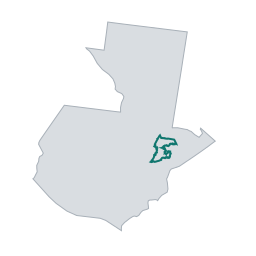 El Estor, Izabal, Guatemala (highlighted), rotated 7°
{"feature_id": "79465075B63823362918265", "entity_name": "El Estor", "entity_type": "district", "adm_level": 2, "iso_a3": "GTM", "parent_name": "Guatemala", "parent_adm1": "Izabal", "projection": "robinson", "projection_center": [-89.332, 15.436], "detail": "fine", "context": "in_parent", "style": "outline", "palette": "teal", "viewbox_px": 256, "rotation_deg": 7, "n_neighbors": 0, "source": "geoboundaries", "source_scale": "gbopen_adm2", "svg_char_len": 6027}
<svg xmlns="http://www.w3.org/2000/svg" viewBox="0 0 256 256"><g transform="rotate(7 128 128)"><path d="M39.8,190.0L41.0,188.7L42.0,185.7L43.2,182.6L42.4,179.1L42.0,176.2L43.4,172.0L43.3,168.9L43.9,167.0L45.9,165.7L47.0,163.3L41.3,155.1L41.3,153.2L42.1,150.9L46.7,142.1L52.2,131.7L58.3,120.2L62.0,113.2L75.3,113.2L84.1,113.2L95.3,113.2L107.4,113.2L115.4,113.2L118.7,113.1L118.1,108.6L118.5,103.6L120.0,99.1L120.0,97.1L117.6,94.6L113.0,93.2L110.5,91.0L110.5,88.3L109.4,85.0L107.1,81.1L102.5,77.1L95.5,73.1L89.6,67.6L84.7,60.8L80.5,56.4L77.3,54.5L76.5,53.5L85.9,53.6L94.8,53.7L94.9,43.9L95.0,35.2L95.0,25.3L111.1,25.4L130.3,25.4L150.3,25.4L165.9,25.4L175.1,25.4L174.7,37.6L174.2,51.8L173.9,62.2L173.4,76.0L172.9,90.2L172.2,109.6L171.8,122.1L172.0,122.4L177.3,121.7L185.0,122.3L186.9,122.3L189.3,123.3L191.1,123.7L195.1,126.5L199.7,128.6L202.6,124.3L201.1,121.7L199.9,120.4L200.1,119.3L216.2,130.4L214.3,132.1L210.2,136.1L202.8,142.9L196.1,148.9L189.7,154.4L184.0,159.4L183.3,159.9L176.0,163.4L174.8,165.1L173.2,172.1L172.5,173.8L173.8,177.7L175.1,183.7L174.7,186.9L169.7,190.7L167.3,194.2L166.3,196.5L165.4,195.9L163.8,195.7L160.2,196.6L158.5,196.8L157.0,197.8L156.9,199.9L157.8,203.4L158.2,205.3L157.2,206.1L152.7,208.2L151.0,210.3L149.3,213.5L147.3,214.9L145.3,214.6L143.8,215.1L140.8,217.5L136.1,222.2L133.6,225.7L133.6,228.3L134.0,230.7L117.1,222.4L111.5,221.0L87.7,221.1L77.5,217.9L65.9,211.6L58.1,205.9L39.8,190.0Z" fill="#d9dde1" stroke="#a8b0b8" stroke-width="1"/><path d="M156.6,140.8L156.6,141.0L156.9,141.3L157.1,141.4L157.1,141.5L157.3,141.8L157.3,142.0L157.0,142.2L156.7,142.4L156.5,142.6L156.4,142.8L156.3,143.0L156.5,143.1L157.1,143.2L157.6,143.7L157.8,143.6L158.1,143.9L158.1,144.0L158.3,144.2L158.5,144.1L158.7,143.9L158.8,143.7L159.0,143.6L159.2,144.1L159.3,144.1L159.5,144.3L159.3,144.6L159.1,144.9L158.9,145.1L158.9,145.4L158.8,145.5L158.9,145.8L159.1,145.9L159.4,145.9L159.5,146.0L159.6,146.4L159.5,146.6L159.4,147.0L159.2,147.6L159.2,147.9L159.2,148.0L159.3,148.1L159.5,148.3L159.7,148.6L159.7,148.8L159.5,149.0L159.1,149.2L158.7,149.3L158.5,149.5L158.3,149.6L158.2,149.8L158.2,150.1L158.3,150.3L158.4,150.5L158.7,151.0L158.7,151.3L158.5,151.5L158.4,151.4L158.2,151.4L157.9,151.3L157.7,151.3L157.4,151.4L157.3,151.5L157.5,151.8L157.5,152.0L157.4,152.1L157.3,152.3L157.3,152.6L157.3,153.2L157.3,153.7L157.1,154.3L157.0,154.5L156.9,154.9L156.8,155.2L156.7,155.4L156.5,155.7L156.4,155.8L156.3,156.0L155.7,157.1L155.4,157.4L155.4,157.6L154.8,158.8L154.7,158.9L155.1,159.0L155.3,159.0L155.9,158.8L155.9,158.7L156.2,158.5L156.5,158.4L156.8,158.3L157.0,158.2L157.5,157.9L157.6,158.0L158.0,158.3L158.3,158.4L158.7,158.3L158.8,158.3L159.4,158.1L159.8,158.0L160.0,157.8L160.5,157.6L162.1,157.0L162.3,156.9L162.7,156.8L163.2,156.4L163.7,156.2L164.0,156.0L164.3,155.7L164.6,155.1L164.8,155.2L164.8,154.8L164.9,154.7L165.1,154.3L165.4,153.6L165.6,153.5L165.8,153.4L166.2,153.2L166.3,153.1L166.6,153.1L167.0,153.3L167.4,153.1L167.7,153.2L168.0,153.4L168.3,153.4L168.6,153.4L168.8,153.2L168.7,152.9L168.8,152.7L169.1,152.4L169.5,152.3L170.4,152.3L170.5,152.3L170.9,152.1L171.1,152.1L171.2,152.3L171.1,152.8L171.3,152.8L171.4,152.6L171.5,152.6L171.6,152.3L171.7,152.2L171.9,152.2L172.0,152.2L172.3,152.3L172.5,152.5L172.6,152.4L172.8,152.2L172.9,151.9L172.9,151.7L173.0,151.5L173.1,151.3L173.1,151.2L173.1,150.9L173.0,150.7L172.9,150.3L172.9,150.2L173.2,149.1L173.4,148.6L173.4,148.4L173.5,148.2L173.4,148.1L173.3,147.7L173.2,147.6L172.9,147.7L172.8,147.3L172.8,146.9L172.7,146.5L172.7,146.2L172.0,146.2L171.6,146.1L171.1,146.1L170.9,146.1L170.7,146.2L170.4,146.5L170.5,146.6L170.8,146.4L171.1,146.3L171.3,146.2L171.4,146.3L171.5,146.4L171.5,146.5L171.4,146.6L171.2,146.7L171.0,146.9L170.8,146.9L170.7,147.0L170.6,147.4L170.5,147.5L170.4,147.8L170.3,148.1L170.3,148.3L170.1,148.4L169.9,148.4L169.7,148.4L169.3,148.6L169.1,148.8L168.9,149.0L168.9,149.3L168.7,149.1L168.4,148.9L168.0,148.7L167.8,148.5L167.7,148.4L167.6,148.2L167.5,148.3L167.5,148.0L167.3,147.6L167.2,147.4L167.7,146.9L167.9,146.9L168.0,146.8L167.8,146.3L167.8,146.1L167.7,146.0L167.3,146.2L167.2,146.3L167.3,146.2L167.5,146.0L167.6,145.8L167.8,145.8L167.9,145.7L168.1,145.6L167.9,145.4L167.7,145.0L167.4,144.7L167.2,144.4L167.2,144.1L167.0,143.9L166.9,143.9L166.6,144.4L166.3,144.4L166.2,144.4L166.3,144.1L166.5,143.8L166.7,143.7L166.9,143.7L166.7,143.4L166.5,143.6L166.4,143.6L166.4,143.8L166.1,143.9L166.1,143.4L165.9,143.3L165.9,143.5L165.7,143.9L165.7,144.0L165.5,143.9L165.1,144.2L164.9,144.3L165.0,144.2L165.3,143.9L165.3,143.7L165.1,143.5L165.1,143.2L164.9,143.3L164.5,143.8L164.4,143.9L164.2,144.2L164.4,143.9L164.5,143.7L164.1,143.6L164.4,143.5L164.6,143.0L164.7,142.9L164.9,142.9L165.0,143.0L165.4,142.1L165.5,141.8L165.8,141.5L166.3,141.3L166.6,141.0L166.8,141.1L167.3,140.8L167.8,140.7L168.1,140.5L168.4,140.3L168.5,140.3L168.8,140.5L169.0,140.7L169.0,140.9L169.1,141.0L169.5,140.9L169.6,141.0L169.8,141.0L169.9,140.9L170.0,140.9L170.2,141.0L170.3,140.9L170.5,140.8L170.7,140.5L170.9,140.4L171.0,140.3L171.3,139.9L171.4,139.7L171.5,139.3L171.5,139.1L171.4,139.1L171.5,138.8L171.7,138.6L171.9,138.6L172.0,138.6L172.3,138.3L172.5,138.3L172.9,138.5L173.4,138.5L173.7,138.4L173.8,138.2L174.0,137.9L174.4,137.9L174.6,138.0L174.8,138.3L175.1,138.5L175.3,138.5L175.2,138.7L175.6,138.7L176.0,138.5L176.2,138.4L176.5,138.4L176.6,138.1L176.6,137.9L177.0,137.9L177.4,137.8L177.6,137.8L177.9,137.9L177.7,137.5L177.0,136.6L176.3,135.4L176.2,135.3L175.4,134.1L175.2,133.9L168.9,133.6L168.7,133.8L168.2,133.9L167.6,133.9L167.3,133.9L166.5,133.9L166.3,133.9L166.2,133.9L166.1,133.7L165.5,133.6L165.4,133.7L165.1,133.8L164.8,133.7L164.5,133.7L164.2,133.8L163.9,133.7L163.7,133.8L163.5,133.7L163.3,133.8L163.2,133.8L162.9,133.8L162.6,133.9L162.4,133.9L162.2,133.9L162.0,133.7L161.9,133.4L161.2,132.3L160.7,131.6L160.6,131.4L160.3,131.8L159.8,132.8L159.7,133.1L159.5,133.6L158.9,134.7L158.9,135.0L158.7,135.1L158.8,135.2L157.8,137.7L157.5,138.6L157.4,138.8L157.1,139.5L157.0,140.0L156.7,140.7L156.6,140.8Z" fill="none" stroke="#0f766e" stroke-width="2"/></g></svg>